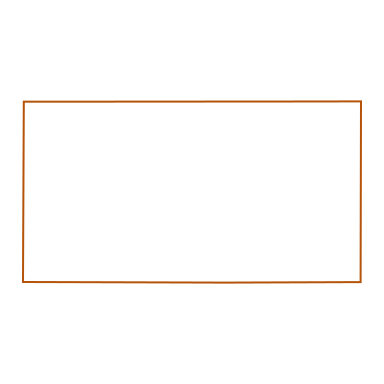 outline of Hamlin, South Dakota, United States of America
{"feature_id": "52423323B11265703502297", "entity_name": "Hamlin", "entity_type": "district", "adm_level": 2, "iso_a3": "USA", "parent_name": "United States of America", "parent_adm1": "South Dakota", "projection": "robinson", "projection_center": [-97.128, 44.674], "detail": "fine", "context": "isolated", "style": "outline", "palette": "amber", "viewbox_px": 384, "rotation_deg": 0, "n_neighbors": 0, "source": "geoboundaries", "source_scale": "gbopen_adm2", "svg_char_len": 221}
<svg xmlns="http://www.w3.org/2000/svg" viewBox="0 0 384 384"><path d="M361.0,101.4L293.5,101.5L158.7,101.6L23.8,101.7L23.0,282.0L225.7,282.6L360.6,282.1L361.0,101.4Z" fill="none" stroke="#b45309" stroke-width="2"/></svg>